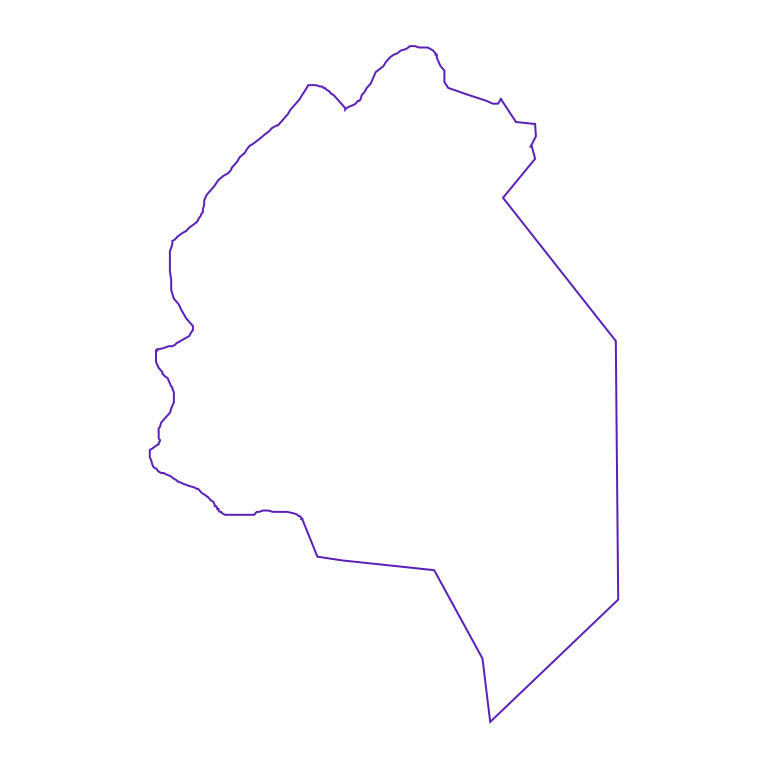 Karoi, Mashonaland West, Zimbabwe
{"feature_id": "62879985B2724410998329", "entity_name": "Karoi", "entity_type": "district", "adm_level": 2, "iso_a3": "ZWE", "parent_name": "Zimbabwe", "parent_adm1": "Mashonaland West", "projection": "natural_earth1", "projection_center": [29.682, -16.822], "detail": "fine", "context": "isolated", "style": "outline", "palette": "violet", "viewbox_px": 768, "rotation_deg": 0, "n_neighbors": 0, "source": "geoboundaries", "source_scale": "gbopen_adm2", "svg_char_len": 3306}
<svg xmlns="http://www.w3.org/2000/svg" viewBox="0 0 768 768"><path d="M370.7,83.6L366.8,87.9L364.3,92.3L361.7,95.1L360.5,99.5L359.2,100.9L357.9,100.9L355.4,103.8L354.4,104.4L352.9,105.2L349.0,106.7L346.5,108.1L345.2,109.6L345.2,108.1L344.0,106.7L341.4,103.8L333.8,95.2L331.2,93.7L330.0,92.3L328.7,90.9L326.1,89.4L324.9,88.0L323.6,88.0L322.3,86.5L319.8,86.5L316.0,85.1L309.6,85.1L308.3,85.1L305.8,89.4L302.0,95.2L299.4,99.5L295.6,103.9L293.1,106.7L290.5,109.6L288.0,113.9L284.2,118.3L281.7,121.2L280.4,122.6L277.8,125.5L276.6,125.5L274.0,126.9L271.5,128.4L269.0,131.3L265.1,134.2L260.0,138.5L256.3,141.4L252.4,144.3L249.9,145.7L247.3,148.6L244.8,152.9L239.7,157.2L237.2,161.6L234.7,164.5L232.1,167.3L230.8,170.2L228.3,173.1L223.2,176.0L218.1,180.3L214.3,186.1L209.2,191.9L206.7,194.8L205.4,197.6L204.2,200.5L204.2,204.9L202.9,209.2L202.9,212.1L201.6,213.5L200.4,216.4L199.1,217.8L197.8,220.7L196.6,222.2L192.8,225.1L188.9,227.9L186.4,230.8L181.3,233.7L177.5,236.6L175.0,239.5L172.4,240.9L172.4,243.8L171.1,248.1L169.9,251.0L169.9,255.3L169.9,261.1L169.9,265.4L169.9,271.2L171.2,279.8L171.2,284.2L171.2,289.9L172.5,294.3L173.8,298.6L176.3,301.5L178.8,304.4L181.4,310.1L186.5,318.8L189.1,321.7L191.6,324.5L192.9,326.0L192.9,327.4L192.9,330.3L191.6,331.7L189.1,336.1L184.0,339.0L178.9,341.9L176.3,343.3L175.1,344.7L172.5,346.2L168.7,346.2L164.9,347.6L159.8,349.1L157.3,349.1L157.3,350.5L156.0,350.5L156.0,351.9L156.0,357.7L156.0,362.0L157.3,364.9L158.6,367.8L162.4,372.1L162.4,373.6L163.7,375.0L164.9,376.4L167.5,377.9L168.8,380.8L170.0,383.7L171.3,386.5L172.6,388.0L172.6,389.4L173.9,392.3L173.9,396.6L173.9,398.1L173.9,402.4L172.6,405.3L171.3,408.2L170.1,412.5L166.3,416.8L163.7,419.7L161.2,422.6L159.9,426.9L158.6,428.4L158.7,432.7L158.7,434.4L158.7,437.0L158.7,438.4L159.9,439.9L159.9,441.3L158.7,442.8L158.7,444.2L156.1,445.7L152.3,448.5L149.8,450.0L149.8,452.5L149.8,454.3L149.8,455.7L149.8,457.2L151.1,460.1L152.3,464.4L153.6,467.3L156.2,468.7L158.7,471.6L161.2,473.0L163.8,473.0L166.3,474.5L170.1,475.9L174.0,478.8L176.5,480.2L177.8,481.7L179.1,481.7L181.6,483.1L189.2,486.0L194.3,487.4L196.9,488.9L198.2,488.9L199.4,490.3L200.6,491.6L202.0,493.2L204.5,494.6L208.4,497.5L210.9,500.4L213.4,501.8L214.7,504.7L214.7,506.2L216.0,506.2L217.3,507.6L217.3,509.0L218.5,509.0L218.5,510.5L219.8,511.9L221.1,511.9L222.4,513.4L224.9,514.8L232.5,514.8L246.5,514.8L254.2,514.8L255.4,513.3L256.7,511.9L259.2,511.9L263.1,510.5L268.1,510.5L273.2,511.9L280.9,511.9L282.2,511.9L287.2,511.9L293.6,513.3L297.4,514.7L298.7,516.2L300.0,516.2L301.2,517.6L301.2,519.1L302.5,519.1L302.5,519.8L317.4,556.7L342.0,560.4L434.2,570.2L482.5,658.6L490.2,721.9L618.2,599.6L616.6,427.8L615.8,341.0L503.0,197.8L535.1,158.8L531.9,146.5L530.6,146.6L535.9,136.3L535.1,124.0L516.0,122.0L500.8,98.9L500.4,99.4L499.1,102.2L497.9,103.7L492.8,103.7L486.4,100.8L468.6,95.0L448.2,87.9L444.4,82.1L444.4,80.7L444.4,77.8L444.4,76.3L444.4,74.9L444.4,73.4L444.4,70.6L443.1,69.1L440.6,66.2L439.3,63.4L438.0,60.5L436.8,57.6L436.8,56.2L436.8,54.7L435.5,54.7L435.5,53.3L434.2,51.8L432.9,50.4L430.4,49.0L427.8,47.5L424.0,47.5L418.9,47.5L415.1,46.1L412.6,46.1L410.0,46.1L406.2,49.0L401.1,50.4L397.3,53.3L393.5,54.8L389.7,57.6L385.9,62.0L383.3,66.3L379.5,69.2L375.7,72.1L373.2,77.9L371.9,80.8L370.7,83.6Z" fill="none" stroke="#5b21b6" stroke-width="2"/></svg>